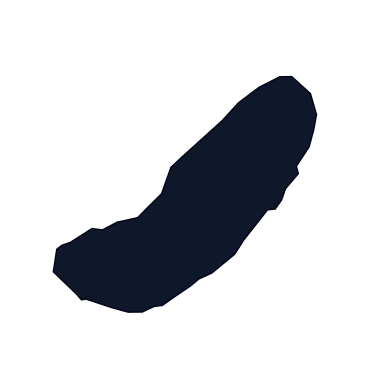 Moch, Federated States of Micronesia (Mercator projection), rotated 305°
{"feature_id": "79324940B69575341239626", "entity_name": "Moch", "entity_type": "district", "adm_level": 2, "iso_a3": "FSM", "parent_name": "Federated States of Micronesia", "parent_adm1": "", "projection": "mercator", "projection_center": [153.542, 5.491], "detail": "fine", "context": "isolated", "style": "filled", "palette": "ink", "viewbox_px": 384, "rotation_deg": 305, "n_neighbors": 0, "source": "geoboundaries", "source_scale": "gbopen_adm2", "svg_char_len": 662}
<svg xmlns="http://www.w3.org/2000/svg" viewBox="0 0 384 384"><g transform="rotate(305 192 192)"><path d="M153.5,164.5L139.9,162.3L124.2,147.9L109.6,140.4L104.6,131.0L81.0,121.3L73.5,115.9L67.5,114.1L47.1,124.2L42.1,156.1L40.3,163.3L43.5,166.6L51.7,193.9L57.0,208.6L65.2,220.1L76.6,226.6L82.0,232.7L95.2,237.4L114.1,244.6L124.8,247.5L137.0,254.7L165.5,262.6L182.7,261.9L220.8,264.1L225.8,269.9L236.9,269.9L248.3,266.7L268.0,268.5L273.0,262.7L296.2,262.0L313.0,255.9L326.9,249.5L340.5,232.6L343.7,207.5L336.6,197.7L316.2,186.9L292.0,179.0L267.7,175.8L215.2,163.8L200.2,160.6L173.1,168.1L153.5,164.5Z" fill="#0f172a" stroke="#020617" stroke-width="1.5"/></g></svg>